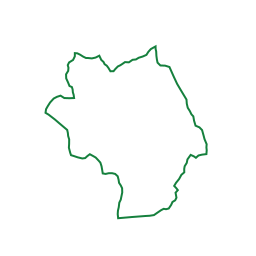 Monte Mor, São Paulo, Brazil, rotated 206°
{"feature_id": "56859067B95842262172084", "entity_name": "Monte Mor", "entity_type": "district", "adm_level": 2, "iso_a3": "BRA", "parent_name": "Brazil", "parent_adm1": "São Paulo", "projection": "robinson", "projection_center": [-47.299, -22.952], "detail": "fine", "context": "isolated", "style": "outline", "palette": "green", "viewbox_px": 256, "rotation_deg": 206, "n_neighbors": 0, "source": "geoboundaries", "source_scale": "gbopen_adm2", "svg_char_len": 1919}
<svg xmlns="http://www.w3.org/2000/svg" viewBox="0 0 256 256"><g transform="rotate(206 128 128)"><path d="M173.9,87.8L172.5,84.4L170.9,82.5L169.0,80.3L167.3,78.6L164.8,79.0L160.3,79.6L155.7,80.6L153.3,82.2L152.2,85.0L150.8,87.7L146.8,87.5L144.1,87.3L141.4,86.3L137.7,84.8L135.0,82.0L132.4,78.4L130.8,76.1L128.0,76.9L125.4,79.0L122.5,80.4L119.4,81.1L116.1,80.1L113.8,77.4L112.0,74.8L109.3,73.2L106.9,71.3L104.9,67.5L103.8,63.1L103.1,60.4L103.1,57.1L101.6,52.8L100.8,49.3L99.5,46.1L97.3,42.6L85.3,49.8L73.5,56.7L70.1,58.6L66.5,61.1L64.5,64.7L62.2,68.7L60.5,71.0L58.2,71.7L56.1,73.5L55.5,77.8L55.6,81.0L53.9,83.7L53.9,86.6L56.9,90.7L56.0,94.0L58.2,95.1L61.1,96.2L60.8,99.8L59.7,104.6L59.5,109.3L58.0,112.8L59.6,116.0L60.3,118.5L59.9,122.4L60.8,125.8L59.9,131.3L56.4,131.4L53.9,131.0L52.6,134.2L49.8,136.5L46.1,138.9L47.5,142.5L49.0,144.9L50.2,147.9L54.3,151.5L56.8,154.4L60.5,158.6L64.1,159.9L68.3,159.7L71.8,163.5L74.4,167.1L77.0,168.1L79.8,170.3L83.2,172.4L85.8,175.6L87.9,179.2L96.7,184.9L103.2,189.2L109.4,194.2L117.5,201.0L122.0,200.3L126.3,198.4L130.1,199.7L132.1,202.3L134.1,205.3L136.2,209.1L137.8,211.1L139.0,213.4L140.6,211.1L142.1,208.9L143.1,205.4L143.5,201.8L146.1,198.7L149.2,195.8L150.9,193.1L153.8,191.3L156.0,187.4L159.6,185.9L161.1,183.2L162.5,180.9L164.1,178.9L165.3,175.3L165.9,172.7L168.7,171.3L171.9,173.4L174.4,174.7L177.0,175.1L178.9,176.6L181.9,177.5L185.5,180.4L188.0,177.1L191.0,174.7L194.3,173.5L196.5,172.5L199.6,172.5L203.2,172.9L206.3,172.9L208.6,172.0L207.2,169.1L207.2,165.1L209.7,161.1L209.7,158.1L207.9,156.0L206.8,153.1L207.2,149.1L205.3,145.5L202.0,142.8L199.0,140.1L196.4,140.2L194.7,138.4L193.2,135.9L191.4,134.0L189.6,131.3L193.7,129.1L198.4,127.0L202.8,127.5L205.5,124.9L207.7,121.9L209.2,116.8L209.7,112.4L209.9,109.0L208.8,105.5L205.2,105.2L197.4,103.6L192.5,102.3L181.8,99.6L179.9,97.2L178.3,94.6L175.9,92.0L173.9,87.8Z" fill="none" stroke="#15803d" stroke-width="2"/></g></svg>